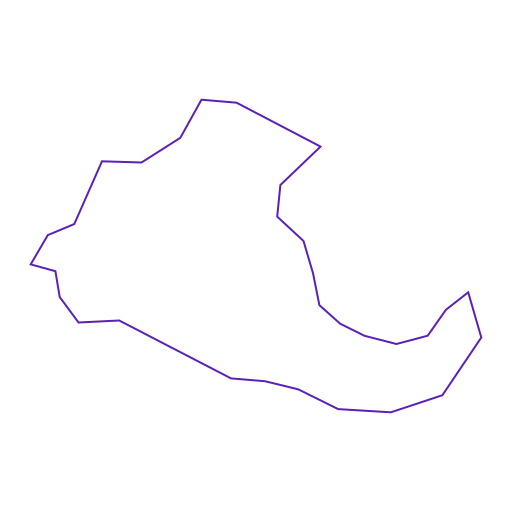 map outline of Tbilisi (orthographic projection)
{"feature_id": "GEO-3036", "entity_name": "Tbilisi", "entity_type": "Independent City", "adm_level": 1, "iso_a3": "GEO", "parent_name": "Georgia", "parent_adm1": "", "projection": "orthographic", "projection_center": [44.846, 41.71], "detail": "fine", "context": "isolated", "style": "outline", "palette": "violet", "viewbox_px": 512, "rotation_deg": 0, "n_neighbors": 0, "source": "natural_earth", "source_scale": "10m", "svg_char_len": 503}
<svg xmlns="http://www.w3.org/2000/svg" viewBox="0 0 512 512"><path d="M201.5,99.7L236.5,102.7L320.5,146.6L280.4,185.0L277.2,216.6L303.5,241.0L313.0,273.2L319.4,305.2L340.3,323.8L364.5,335.8L396.4,344.0L427.7,335.7L445.9,309.8L468.2,292.3L481.3,337.5L442.4,395.2L390.8,412.3L338.1,409.1L298.4,389.4L264.9,381.2L231.0,378.4L119.2,320.5L78.5,322.5L59.7,297.0L55.4,271.2L30.7,264.4L47.8,235.1L74.3,224.0L102.0,161.3L141.5,162.5L180.3,137.8L201.5,99.7Z" fill="none" stroke="#5b21b6" stroke-width="2"/></svg>